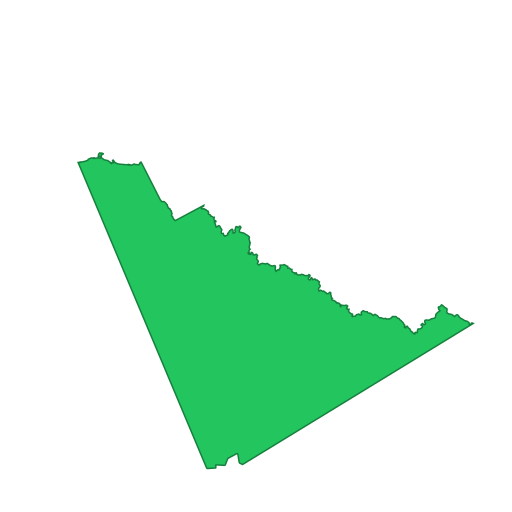 an SVG outline of Yukon, rotated 329°
{"feature_id": "CAN-636", "entity_name": "Yukon", "entity_type": "Territory", "adm_level": 1, "iso_a3": "CAN", "parent_name": "Canada", "parent_adm1": "", "projection": "albers", "projection_center": [-131.937, 64.827], "detail": "fine", "context": "isolated", "style": "filled", "palette": "green", "viewbox_px": 512, "rotation_deg": 329, "n_neighbors": 0, "source": "natural_earth", "source_scale": "10m", "svg_char_len": 6140}
<svg xmlns="http://www.w3.org/2000/svg" viewBox="0 0 512 512"><g transform="rotate(329 256 256)"><path d="M112.2,416.9L104.8,413.1L104.6,412.8L104.5,412.2L151.7,84.2L153.0,84.7L152.8,85.0L153.2,85.3L153.6,85.3L153.6,85.1L153.9,85.0L156.0,86.0L158.8,86.9L161.1,87.3L162.0,86.7L164.9,87.0L168.6,89.0L166.6,88.0L167.4,89.0L171.4,90.6L172.1,91.6L174.0,92.0L175.5,95.4L178.1,97.9L179.4,100.8L179.7,102.2L180.2,101.8L180.9,101.9L180.9,102.1L180.6,102.1L181.6,102.7L181.7,102.3L182.0,102.1L182.4,100.6L181.7,101.0L182.1,100.4L182.6,100.2L183.0,100.4L183.1,101.0L183.1,102.6L183.3,103.1L184.2,104.8L185.7,106.5L192.6,111.5L193.8,111.7L194.3,112.2L193.6,112.1L193.6,112.4L195.2,113.3L196.1,114.2L198.2,114.2L199.1,114.5L199.4,115.3L200.1,115.6L202.0,117.2L203.1,117.4L203.9,116.6L204.9,116.9L204.7,116.4L205.2,116.1L205.9,116.4L202.9,158.3L203.1,159.5L203.1,160.8L205.0,161.8L205.3,162.2L205.9,163.8L206.0,165.8L206.3,166.4L206.0,166.8L205.8,168.5L205.5,169.8L206.5,171.0L206.4,171.4L206.2,171.6L206.6,173.8L206.2,174.6L205.9,176.4L204.7,177.4L204.4,177.9L204.4,178.4L204.8,179.1L204.4,180.3L204.5,181.0L204.4,182.0L204.8,183.0L205.0,184.1L237.3,185.7L236.7,186.3L234.3,186.3L233.6,187.0L233.7,187.5L233.9,187.7L235.9,188.9L236.3,189.5L236.4,190.1L237.0,190.7L237.3,191.9L237.9,192.7L238.0,193.0L237.8,194.2L237.0,195.1L236.9,195.6L238.0,197.3L237.6,198.1L237.7,198.4L238.4,198.9L239.0,200.5L240.2,201.3L240.1,201.6L239.0,202.4L238.7,203.0L238.8,203.8L239.5,205.1L239.6,205.6L239.2,206.0L238.1,205.3L237.7,205.9L237.6,207.8L236.7,210.4L237.0,210.8L237.5,210.9L239.4,210.7L240.0,211.1L240.3,212.2L240.1,213.6L240.3,215.1L240.2,216.0L238.7,217.2L238.4,217.9L238.1,218.9L238.5,219.4L239.5,219.7L239.1,222.0L239.3,222.8L242.6,223.4L243.1,222.9L243.2,222.3L243.4,222.0L244.1,222.1L246.4,220.8L248.9,220.6L249.4,220.8L249.5,221.6L249.4,222.4L248.2,224.4L248.6,224.8L249.6,225.0L250.9,224.5L251.0,223.4L251.3,222.8L252.1,222.4L253.3,220.9L254.2,220.6L254.8,221.0L255.1,222.2L255.7,222.6L257.0,221.9L257.6,222.2L257.8,222.9L257.8,223.7L257.6,223.9L255.2,225.2L254.4,226.5L254.4,227.3L257.2,229.9L258.3,231.8L258.5,232.8L259.4,233.9L260.1,236.2L259.6,237.1L258.5,238.0L258.5,239.1L258.0,240.2L257.9,241.7L257.3,241.8L257.1,242.5L254.8,244.8L254.4,245.7L254.4,247.2L253.0,247.5L252.0,249.2L251.0,249.2L251.2,249.6L251.9,249.9L252.0,250.3L251.8,250.5L250.9,250.6L251.9,251.7L252.3,251.8L252.3,251.3L252.5,251.2L253.3,251.2L253.8,250.5L254.4,250.9L254.7,251.7L254.3,253.6L255.4,254.4L257.0,254.5L257.3,254.9L257.6,256.2L257.4,256.6L256.5,256.8L256.1,257.9L255.0,258.6L254.9,259.3L255.3,260.7L255.3,261.6L255.0,262.1L253.4,263.1L253.2,263.6L253.3,263.9L254.2,265.5L255.3,265.0L257.7,265.6L260.2,267.8L261.8,268.1L263.5,271.7L264.9,273.1L266.6,273.5L267.4,274.4L267.0,275.5L266.1,276.6L265.5,277.7L265.2,279.1L265.3,279.5L267.4,279.0L268.4,279.8L268.7,279.8L269.2,279.2L270.1,279.1L270.5,278.4L271.3,278.1L271.6,276.6L272.0,276.2L274.0,277.5L275.6,277.8L276.8,279.5L276.8,280.1L277.9,281.2L277.0,282.9L278.3,283.4L279.0,285.4L279.9,286.0L278.9,287.4L278.9,288.2L279.1,288.8L280.2,290.0L280.2,291.3L281.2,290.9L281.8,291.1L281.9,291.5L281.6,292.4L281.7,292.9L282.1,293.7L284.6,295.3L285.4,295.0L287.0,296.5L287.5,297.6L288.1,298.2L290.7,299.6L291.8,299.2L292.0,299.5L292.3,300.2L292.2,300.8L291.8,301.1L290.8,301.1L290.5,301.7L289.5,301.9L289.0,302.7L289.0,303.1L290.0,304.4L291.9,303.1L292.5,303.2L292.6,303.6L292.3,304.4L292.7,305.0L292.5,305.5L294.7,306.0L294.8,307.2L295.9,307.9L297.0,310.9L295.9,311.8L295.7,312.3L295.6,312.8L295.8,314.3L295.6,314.7L294.8,315.4L293.3,315.9L292.3,316.8L292.0,318.5L292.3,318.7L293.5,318.4L293.9,318.7L294.8,320.6L296.0,320.9L296.9,323.4L297.2,323.8L297.0,324.4L297.1,324.6L298.9,325.6L300.1,325.1L300.8,325.2L301.1,326.1L300.1,327.7L300.0,328.7L299.5,329.6L299.3,331.0L299.6,331.6L298.6,331.9L298.5,332.5L298.7,333.1L299.7,334.1L300.9,336.2L300.9,336.4L300.7,336.7L301.1,337.4L301.1,338.2L302.0,338.3L302.3,338.9L302.9,339.3L302.9,340.4L303.4,340.9L303.4,341.6L302.4,342.2L302.2,342.6L302.5,343.1L304.1,342.2L306.1,344.0L307.6,344.4L308.4,345.0L308.8,346.0L308.4,346.6L307.3,346.8L307.1,347.8L306.7,348.0L307.1,348.9L308.3,349.6L307.4,350.4L307.0,351.0L306.8,351.7L307.4,353.6L308.2,355.0L308.8,355.5L308.5,356.0L307.5,356.9L307.3,357.3L307.4,357.6L308.2,357.6L310.1,358.8L312.0,358.0L313.5,358.7L314.0,358.6L314.5,359.1L314.8,360.3L316.0,360.6L316.3,360.5L316.8,358.9L317.5,358.3L319.8,358.1L320.5,359.5L322.7,361.2L322.6,362.4L322.8,362.7L323.6,363.2L324.6,364.1L325.3,365.5L325.6,367.2L326.1,367.6L327.1,367.1L328.0,367.3L329.4,369.9L329.6,371.6L330.1,372.8L331.2,373.2L333.2,375.5L335.0,376.2L335.6,377.5L337.0,378.0L337.8,378.7L340.5,378.7L341.7,378.1L344.7,379.9L345.0,380.7L345.3,382.3L346.4,383.2L346.4,384.4L347.1,386.2L347.8,389.5L347.5,390.8L347.9,391.7L347.4,392.6L346.6,393.1L346.5,393.4L346.5,393.8L347.3,394.7L348.4,393.8L349.4,394.0L349.6,396.1L350.3,397.9L350.1,399.1L350.3,401.3L351.0,401.9L350.8,402.8L351.1,403.7L352.0,404.6L352.5,403.7L353.0,403.5L353.6,403.7L354.5,404.6L354.8,404.7L356.4,402.6L357.4,402.0L359.2,403.1L361.4,402.9L362.1,402.5L362.4,401.9L362.4,401.3L361.9,400.5L362.0,400.1L362.6,399.8L364.0,399.6L364.2,399.8L364.2,401.0L364.6,401.4L366.0,401.6L366.4,401.3L366.7,399.3L367.1,398.7L367.7,398.2L369.0,398.5L371.1,400.1L374.0,400.2L377.3,401.3L378.7,400.5L380.2,398.6L382.9,397.9L385.2,397.8L385.5,397.5L385.2,396.1L385.3,395.3L385.8,394.0L386.2,393.7L387.2,394.1L388.7,393.9L389.8,393.4L390.4,394.2L391.3,397.2L392.5,399.4L392.2,400.4L390.7,402.1L390.5,403.4L391.4,404.8L393.8,407.1L394.3,408.2L394.9,410.1L397.2,409.7L397.9,409.8L398.5,410.3L398.8,411.4L398.9,413.4L399.4,414.9L400.5,416.6L401.5,418.7L403.4,420.8L404.2,422.6L404.2,423.1L403.6,424.7L403.7,425.5L404.3,425.5L405.9,424.5L406.5,424.5L407.0,424.9L407.5,425.7L137.1,427.8L135.3,425.0L135.4,424.0L138.1,417.2L138.3,416.5L138.2,415.8L137.8,415.5L127.6,415.0L122.0,419.3L121.1,419.2L114.1,414.4L113.8,414.6L112.5,416.8L112.2,416.9ZM174.9,87.1L177.1,88.6L177.7,89.6L177.2,90.0L175.7,89.6L174.5,91.2L174.2,91.2L173.4,90.5L172.8,89.3L171.9,89.6L173.5,87.7L174.9,87.1Z" fill="#22c55e" stroke="#15803d" stroke-width="1.5"/></g></svg>